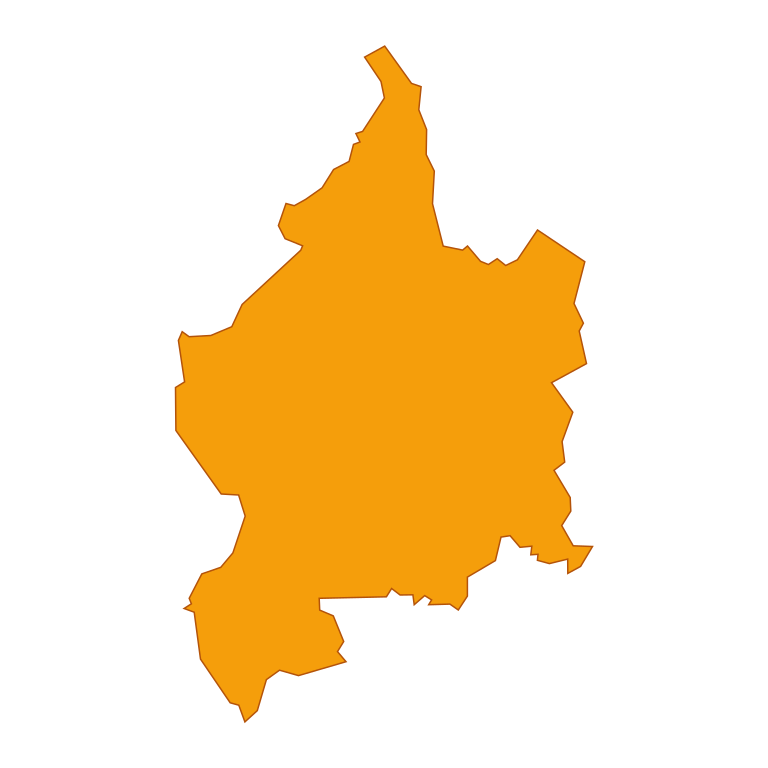 Gradsko, Gradsko, North Macedonia
{"feature_id": "65306769B37555850097023", "entity_name": "Gradsko", "entity_type": "district", "adm_level": 2, "iso_a3": "MKD", "parent_name": "North Macedonia", "parent_adm1": "Gradsko", "projection": "albers", "projection_center": [21.883, 41.613], "detail": "fine", "context": "isolated", "style": "filled", "palette": "amber", "viewbox_px": 768, "rotation_deg": 0, "n_neighbors": 0, "source": "geoboundaries", "source_scale": "gbopen_adm2", "svg_char_len": 1410}
<svg xmlns="http://www.w3.org/2000/svg" viewBox="0 0 768 768"><path d="M175.5,387.5L175.9,430.5L221.2,494.0L238.6,495.0L245.2,516.1L232.9,552.9L220.8,567.3L201.8,573.9L189.2,598.3L191.4,603.8L184.1,608.5L194.2,612.2L200.5,659.1L230.2,702.8L238.8,705.2L244.9,721.9L257.3,710.6L266.4,679.6L279.5,670.2L298.5,675.6L346.0,661.7L337.5,651.6L343.7,641.5L333.3,615.9L319.7,610.1L319.2,598.3L386.4,596.8L391.6,588.5L400.1,595.0L412.9,594.8L414.2,604.7L424.7,595.6L431.6,599.9L428.7,604.7L449.9,604.1L458.3,610.0L467.4,596.1L467.4,577.1L495.4,560.6L501.0,537.1L510.1,535.7L520.0,547.3L531.8,546.2L530.8,554.8L538.0,554.3L537.4,560.3L549.4,563.6L567.7,559.1L567.8,573.4L580.6,566.4L592.5,546.5L573.2,545.8L561.7,525.6L570.8,511.1L570.2,497.5L554.0,470.3L564.7,462.1L562.1,441.6L572.8,412.2L551.5,382.7L586.5,363.6L579.2,331.0L583.4,323.2L574.0,303.5L584.8,261.7L537.5,230.0L517.4,259.8L505.7,265.5L497.2,258.7L488.4,264.5L480.5,261.3L467.5,246.0L462.6,250.1L443.2,246.1L432.5,203.7L434.3,171.1L426.2,154.6L426.6,129.6L418.8,109.8L421.1,86.7L411.5,83.4L384.7,46.1L364.6,57.1L381.0,81.5L384.4,98.0L362.6,131.4L355.9,133.5L360.0,142.0L353.5,144.4L349.1,161.4L333.6,169.5L322.1,187.8L305.6,199.4L294.3,205.7L286.0,203.5L278.4,225.6L285.1,238.7L302.6,245.8L300.8,250.2L242.1,304.5L231.8,326.7L210.8,335.5L189.1,336.7L182.2,331.7L178.4,340.4L184.6,381.9L175.5,387.5Z" fill="#f59e0b" stroke="#b45309" stroke-width="1.5"/></svg>